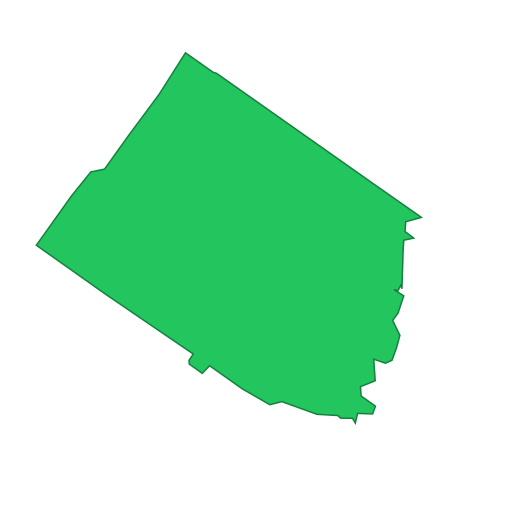 Copiah, Mississippi, United States of America, rotated 35°
{"feature_id": "52423323B66491934783020", "entity_name": "Copiah", "entity_type": "district", "adm_level": 2, "iso_a3": "USA", "parent_name": "United States of America", "parent_adm1": "Mississippi", "projection": "albers", "projection_center": [-90.323, 31.868], "detail": "fine", "context": "isolated", "style": "filled", "palette": "green", "viewbox_px": 512, "rotation_deg": 35, "n_neighbors": 0, "source": "geoboundaries", "source_scale": "gbopen_adm2", "svg_char_len": 786}
<svg xmlns="http://www.w3.org/2000/svg" viewBox="0 0 512 512"><g transform="rotate(35 256 256)"><path d="M70.4,312.3L69.9,373.2L154.4,373.6L260.8,372.3L261.0,380.0L263.3,382.8L279.3,383.0L280.9,372.5L321.2,372.7L352.6,369.9L360.7,360.5L396.8,350.7L414.4,339.8L418.3,340.3L428.1,333.6L433.2,335.9L429.5,326.7L442.1,318.5L440.0,310.5L422.4,310.4L416.5,303.1L425.2,289.8L411.6,273.0L423.5,269.6L427.2,263.4L423.8,250.7L419.4,238.5L404.9,230.4L405.1,221.3L399.9,203.9L388.3,204.4L392.1,202.9L391.4,196.6L394.3,199.1L372.9,166.4L368.0,158.3L374.9,150.9L364.1,150.5L359.0,142.1L369.3,129.5L327.7,129.5L308.2,129.5L305.5,129.5L279.7,129.4L119.0,129.0L115.3,130.1L81.7,130.0L83.9,179.2L82.5,230.3L82.1,271.7L72.5,281.8L70.4,312.3Z" fill="#22c55e" stroke="#15803d" stroke-width="1.5"/></g></svg>